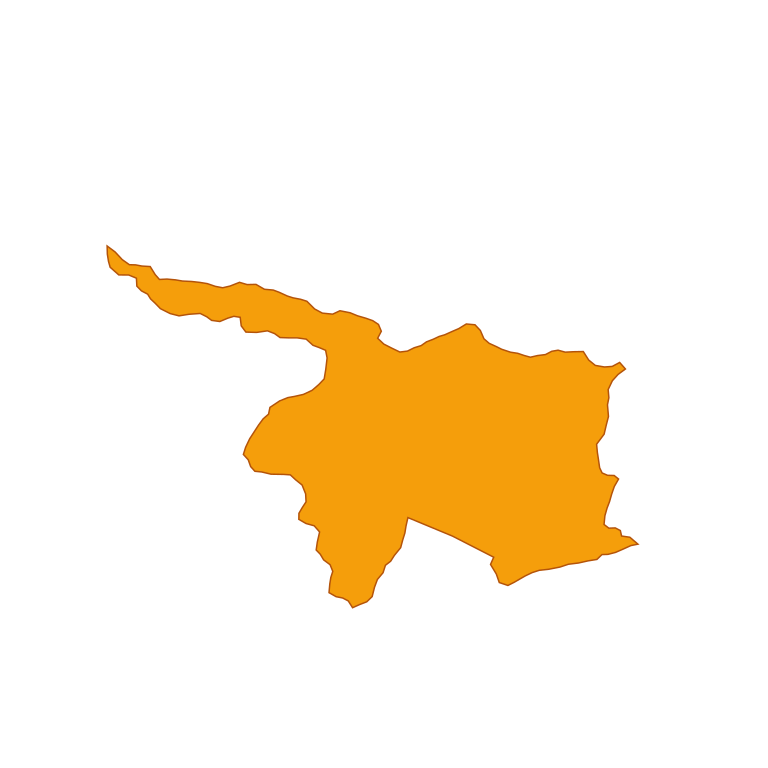 São José do Vale do Rio Preto, Rio de Janeiro, Brazil, rotated 226°
{"feature_id": "56859067B51855619198666", "entity_name": "São José do Vale do Rio Preto", "entity_type": "district", "adm_level": 2, "iso_a3": "BRA", "parent_name": "Brazil", "parent_adm1": "Rio de Janeiro", "projection": "orthographic", "projection_center": [-42.907, -22.174], "detail": "fine", "context": "isolated", "style": "filled", "palette": "amber", "viewbox_px": 768, "rotation_deg": 226, "n_neighbors": 0, "source": "geoboundaries", "source_scale": "gbopen_adm2", "svg_char_len": 2820}
<svg xmlns="http://www.w3.org/2000/svg" viewBox="0 0 768 768"><g transform="rotate(226 384 384)"><path d="M227.1,568.1L235.8,568.5L238.1,560.4L243.1,554.4L250.6,548.9L259.1,547.9L268.9,549.9L275.6,542.7L281.0,536.5L287.4,532.7L291.0,527.4L293.0,520.6L297.8,514.2L301.6,507.9L307.2,504.6L313.2,501.5L319.0,497.1L327.2,492.8L332.6,490.9L340.2,487.9L347.1,487.3L355.6,490.5L363.4,490.6L370.0,484.9L371.9,476.3L374.5,469.4L377.2,461.9L379.9,456.7L382.0,450.5L384.8,443.9L385.8,437.4L389.1,430.9L391.4,423.7L396.0,417.6L404.4,414.5L412.8,411.6L421.3,411.2L423.8,418.7L430.7,421.4L437.4,419.9L444.0,416.6L451.5,412.3L458.8,409.1L467.3,403.2L469.9,395.6L477.8,388.9L486.2,386.2L497.1,386.0L502.8,382.9L509.2,378.4L514.4,375.6L522.8,372.3L528.5,369.6L535.2,363.8L544.6,361.1L550.6,354.6L557.5,350.7L561.4,341.3L565.3,334.8L571.4,330.5L579.0,326.6L585.0,322.1L591.3,316.9L598.0,310.6L603.7,306.4L610.2,300.8L615.2,295.1L621.6,295.4L630.9,297.4L637.0,291.8L642.2,288.1L646.7,283.7L655.4,282.1L665.7,282.3L675.6,280.7L669.6,275.2L663.6,271.0L658.2,268.1L646.7,269.0L639.7,276.1L632.1,279.4L626.1,274.2L619.5,274.2L612.8,276.4L607.4,275.2L601.1,275.5L593.5,275.5L583.2,279.1L575.4,283.9L569.6,292.2L562.4,300.8L555.5,303.2L549.5,304.2L543.0,309.3L539.8,317.5L537.0,323.0L531.9,326.9L525.0,321.7L517.3,320.7L509.6,328.2L503.2,337.1L496.3,340.3L489.6,341.5L483.2,347.7L477.5,353.6L470.3,359.2L461.2,359.8L455.2,362.7L448.8,365.4L442.3,361.2L435.0,352.3L429.2,344.5L428.9,336.7L429.4,327.9L432.5,318.8L437.3,310.9L441.0,305.4L444.3,297.3L446.4,285.7L442.5,280.0L442.9,273.0L441.6,265.3L440.0,258.4L437.9,249.3L434.6,240.5L431.0,233.9L423.8,233.7L417.2,230.7L410.9,230.5L405.7,234.9L397.6,240.1L388.7,249.0L383.7,253.5L376.4,253.9L368.2,254.9L359.4,251.3L353.4,246.1L351.9,239.5L350.1,233.0L345.8,228.7L337.8,231.0L330.5,235.3L322.3,234.9L316.6,226.2L311.7,219.9L305.8,219.9L299.4,218.4L291.5,219.7L284.8,217.0L281.8,211.4L277.9,206.2L272.1,199.5L264.3,201.8L258.8,205.6L252.8,207.6L244.9,206.0L242.3,213.2L239.3,220.3L239.3,227.8L244.4,236.0L248.0,243.5L248.9,252.2L252.6,259.1L251.9,265.7L253.5,272.4L254.7,282.3L258.8,289.1L262.3,295.5L266.5,301.1L271.3,308.4L227.0,327.6L183.2,342.6L180.2,335.3L169.3,332.8L161.1,329.0L153.0,333.2L150.9,340.0L149.4,346.1L147.8,352.4L145.4,359.6L142.1,366.3L136.3,373.8L130.1,383.4L126.2,391.5L120.1,399.6L115.1,407.8L109.9,415.3L109.9,422.3L105.9,426.7L102.0,433.6L99.1,441.4L96.3,449.3L92.4,455.4L103.0,454.4L109.6,449.3L114.4,452.2L119.8,450.4L124.1,445.6L130.1,444.7L135.8,451.4L139.8,458.3L142.7,464.5L146.7,471.4L150.3,478.5L152.7,486.7L158.3,486.0L163.0,481.4L168.5,479.1L173.9,480.9L181.4,486.3L186.5,489.9L193.0,495.1L195.0,507.5L200.1,515.4L204.7,522.9L213.8,530.3L217.9,536.2L224.3,541.4L227.7,550.5L228.3,559.0L227.1,568.1Z" fill="#f59e0b" stroke="#b45309" stroke-width="1.5"/></g></svg>